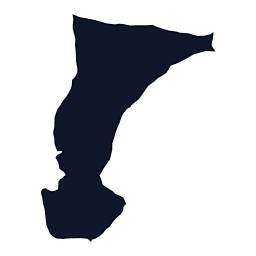 the district of Yagba East, Kogi, Nigeria
{"feature_id": "59680162B47068494760958", "entity_name": "Yagba East", "entity_type": "district", "adm_level": 2, "iso_a3": "NGA", "parent_name": "Nigeria", "parent_adm1": "Kogi", "projection": "orthographic", "projection_center": [5.772, 8.137], "detail": "fine", "context": "isolated", "style": "filled", "palette": "ink", "viewbox_px": 256, "rotation_deg": 0, "n_neighbors": 0, "source": "geoboundaries", "source_scale": "gbopen_adm2", "svg_char_len": 2106}
<svg xmlns="http://www.w3.org/2000/svg" viewBox="0 0 256 256"><path d="M73.4,15.4L74.1,19.3L73.5,24.5L73.5,28.6L75.2,35.0L76.1,39.3L75.8,45.1L76.4,50.9L76.7,55.3L76.7,60.5L77.2,63.7L78.1,68.0L78.1,72.4L75.5,77.6L72.9,80.2L72.4,85.9L72.4,86.0L71.2,89.8L66.6,97.6L64.0,100.5L62.8,102.5L60.9,105.7L58.0,109.8L55.4,117.0L55.1,123.4L55.1,127.2L54.3,130.4L54.2,130.6L54.0,133.6L55.1,138.5L55.1,141.7L55.4,144.3L57.7,150.5L59.6,150.3L62.1,150.2L63.4,151.9L61.3,153.9L58.5,155.2L57.5,155.8L56.4,157.6L57.5,159.6L58.9,162.2L59.6,165.2L60.2,168.4L62.2,169.9L64.3,171.4L66.1,173.8L66.3,176.0L64.6,176.7L62.4,178.9L60.2,180.1L59.8,181.2L59.1,181.8L59.1,186.1L58.9,188.9L58.3,190.0L55.8,191.1L54.4,191.6L51.8,192.1L47.3,190.3L45.7,188.9L42.8,189.8L41.9,191.6L41.9,194.0L43.0,197.2L43.7,203.0L45.3,208.6L46.1,216.2L46.6,220.9L47.2,224.8L50.0,231.7L50.4,232.8L53.0,235.7L57.3,237.9L62.2,238.0L62.8,238.2L63.0,238.3L66.4,237.8L73.5,237.5L81.2,237.4L87.8,238.0L90.7,240.6L91.3,239.1L95.6,237.7L98.8,235.9L102.5,232.5L105.6,228.7L109.1,226.1L113.4,220.0L116.9,216.5L120.0,213.9L122.3,210.7L122.9,206.7L123.0,206.5L124.3,204.4L124.8,204.2L125.0,204.0L125.2,203.9L123.5,199.4L122.6,198.0L121.2,197.3L118.3,195.9L114.8,194.5L112.4,192.0L112.3,191.9L107.4,188.7L105.9,187.8L102.2,185.5L100.2,178.8L98.8,175.9L98.7,175.7L103.2,167.7L109.2,159.0L110.7,153.0L111.5,149.7L111.6,143.3L112.9,139.3L114.3,134.2L115.9,129.6L118.7,122.8L120.8,116.9L122.1,114.0L126.4,108.4L128.1,107.4L129.9,106.4L130.7,104.8L133.1,102.9L138.5,98.4L140.7,95.3L144.0,90.6L148.0,85.0L153.6,81.1L157.9,77.2L161.8,75.0L166.0,72.2L170.2,65.1L175.5,63.1L180.3,61.0L186.6,57.6L193.2,53.8L195.6,53.1L200.9,51.5L203.1,50.9L205.5,50.3L214.1,50.6L211.5,47.1L210.9,45.1L211.2,42.2L212.4,37.5L212.6,33.5L212.2,33.8L210.9,34.9L204.6,36.4L197.7,36.7L190.6,34.9L188.3,34.1L180.2,33.5L175.9,32.3L168.2,31.2L164.0,30.0L163.3,29.7L157.0,27.7L152.4,25.7L147.2,26.0L142.4,26.0L136.1,26.0L130.3,26.3L123.1,24.8L119.4,24.5L114.8,25.1L109.7,24.5L106.8,24.2L101.1,22.5L94.7,20.8L84.4,18.7L81.9,18.3L79.3,17.9L73.4,15.4Z" fill="#0f172a" stroke="#020617" stroke-width="1.5"/></svg>